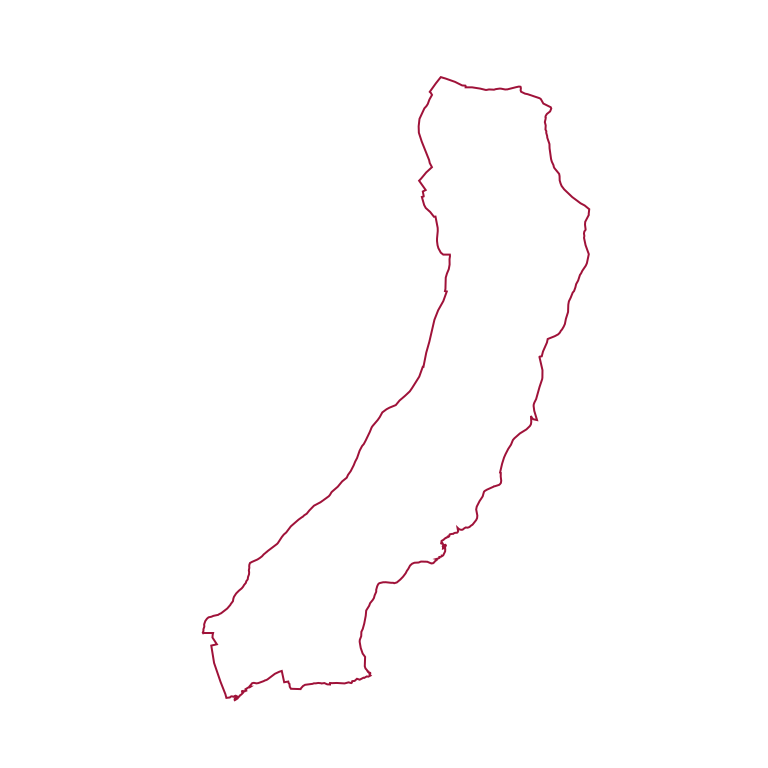 Dabaca, Cluj, Romania, rotated 252°
{"feature_id": "2599482B33158001098606", "entity_name": "Dabaca", "entity_type": "district", "adm_level": 2, "iso_a3": "ROU", "parent_name": "Romania", "parent_adm1": "Cluj", "projection": "orthographic", "projection_center": [23.677, 46.974], "detail": "fine", "context": "isolated", "style": "outline", "palette": "rose", "viewbox_px": 768, "rotation_deg": 252, "n_neighbors": 0, "source": "geoboundaries", "source_scale": "gbopen_adm2", "svg_char_len": 6166}
<svg xmlns="http://www.w3.org/2000/svg" viewBox="0 0 768 768"><g transform="rotate(252 384 384)"><path d="M658.3,532.8L653.9,526.2L647.7,517.8L646.4,518.5L644.1,519.0L640.5,515.1L636.7,512.1L635.1,510.1L633.7,507.6L625.2,499.7L618.4,496.6L612.2,494.8L603.0,494.8L583.1,496.1L580.0,495.8L575.4,496.6L572.2,489.6L567.9,482.8L566.5,480.2L555.6,483.6L555.1,480.4L550.3,479.8L550.1,479.6L550.2,477.8L541.8,477.5L538.5,478.1L533.3,481.1L527.6,483.2L527.3,484.7L515.9,483.3L512.9,482.4L506.0,479.4L503.6,478.6L499.4,477.8L496.3,477.7L491.4,478.6L488.8,480.3L486.7,486.6L485.3,486.3L482.5,484.9L477.3,483.3L473.2,481.1L469.6,478.0L466.1,475.6L455.4,471.8L453.5,470.7L452.6,472.3L444.5,466.0L437.4,458.3L429.5,451.8L410.2,440.2L400.8,433.9L388.1,426.8L388.4,426.2L380.1,419.8L371.6,409.6L369.0,406.2L366.1,400.0L363.5,393.7L360.3,388.7L359.8,381.9L359.2,378.6L357.5,373.6L353.8,369.7L351.7,366.9L347.6,360.2L346.6,358.9L342.8,355.7L336.0,349.2L333.1,346.2L331.8,344.0L328.1,340.2L321.9,335.5L319.1,332.6L316.1,330.1L311.4,325.4L308.7,321.7L306.4,319.6L304.3,314.1L300.6,308.3L297.7,301.4L297.2,300.5L295.3,298.4L294.3,296.8L291.2,287.2L289.9,279.8L286.8,273.9L284.5,270.4L283.8,267.6L282.8,265.6L282.7,264.8L281.4,260.8L277.4,251.4L273.0,245.1L271.8,242.2L270.1,239.6L265.5,233.9L264.9,232.8L261.2,222.1L259.1,216.9L257.8,214.7L256.9,212.1L256.2,209.4L255.6,203.4L255.2,201.3L253.9,200.2L252.4,199.5L250.8,199.1L248.6,197.9L246.7,197.6L244.7,196.8L242.4,195.0L240.3,194.0L238.9,192.0L237.6,191.2L236.0,188.7L234.8,187.4L233.6,185.5L232.3,182.2L230.5,178.7L228.0,175.6L226.4,174.4L224.1,173.2L222.1,170.3L221.4,169.6L218.9,165.5L216.3,158.2L216.1,156.3L215.7,155.0L216.2,150.1L216.0,148.0L216.3,145.0L215.5,143.1L213.8,140.8L211.0,138.7L208.7,138.1L206.6,136.5L204.8,135.9L203.5,134.8L202.8,135.0L202.8,135.8L202.0,138.3L200.0,144.5L198.5,143.6L195.9,142.5L188.1,144.6L188.6,138.9L171.2,136.2L151.2,136.5L138.0,137.3L134.2,137.1L133.5,140.5L134.0,141.6L134.1,142.3L133.6,143.5L133.1,144.1L133.4,145.8L133.4,146.6L132.3,147.7L131.9,146.4L131.3,145.9L131.1,145.0L129.8,144.3L129.4,144.4L130.2,147.6L131.1,148.6L131.6,150.0L132.0,150.2L132.5,151.1L132.7,152.2L133.9,154.5L134.5,154.8L134.7,154.5L134.5,154.1L135.1,153.8L135.8,154.2L135.7,154.8L135.2,154.7L135.0,155.5L134.7,155.7L134.7,156.4L135.0,156.7L134.9,158.3L135.8,158.5L135.9,158.0L136.5,157.9L137.2,160.7L137.3,161.6L137.0,162.3L137.4,163.8L137.9,162.5L140.2,166.2L140.0,167.9L138.7,170.2L138.4,172.0L138.6,177.7L138.9,179.4L138.8,180.0L139.0,181.7L142.1,190.7L142.7,195.5L142.7,198.1L131.2,196.9L130.6,201.0L128.9,200.9L128.0,201.4L125.2,200.8L122.9,201.3L119.6,210.4L120.3,211.1L121.8,213.7L122.3,216.0L120.9,223.5L121.0,224.7L120.4,226.5L120.0,229.1L118.9,231.6L118.5,232.0L118.0,234.9L115.9,237.2L114.9,239.8L116.3,240.3L115.5,242.3L114.3,246.6L111.4,254.0L111.2,258.1L109.7,260.4L109.9,261.1L111.2,262.0L110.7,264.3L112.0,267.2L110.3,269.5L111.0,273.8L110.6,274.4L111.2,277.2L110.5,278.7L110.9,280.9L111.4,280.5L112.6,280.6L112.7,281.4L113.5,281.6L113.9,281.2L113.9,280.7L115.0,279.9L115.5,280.2L116.2,279.5L117.4,279.3L119.1,278.5L121.5,278.5L130.3,281.7L134.2,280.4L140.2,280.3L146.4,281.2L148.1,281.9L151.2,284.4L155.3,285.9L157.6,288.1L162.3,291.2L169.2,295.0L174.1,297.1L177.7,301.4L179.8,303.0L182.2,306.7L183.6,308.3L185.9,309.8L188.8,312.4L190.7,313.0L193.7,315.0L195.3,316.5L195.9,317.6L196.0,318.4L195.7,322.0L194.9,324.5L192.7,329.4L192.1,331.3L191.4,332.1L191.3,334.9L193.0,339.1L194.8,342.5L197.3,346.1L199.3,348.1L200.6,349.9L203.3,352.7L204.4,355.2L204.6,357.7L203.5,361.8L203.7,363.9L203.6,364.6L201.6,370.2L199.0,373.2L198.6,373.9L198.7,374.1L198.4,375.1L198.6,376.0L199.7,377.8L200.5,380.0L201.0,380.2L201.4,379.6L201.3,381.7L201.5,382.9L202.4,383.2L202.1,384.8L202.4,385.9L202.8,386.0L202.5,386.5L202.8,387.4L205.9,390.4L208.2,391.3L208.5,391.3L208.8,390.8L211.4,393.0L212.1,392.7L212.2,391.8L210.8,390.3L209.6,389.8L209.5,389.3L210.7,389.8L211.5,389.7L212.0,390.3L213.1,390.7L214.7,390.4L214.5,389.3L214.7,389.1L217.0,390.3L217.4,392.3L218.6,395.1L218.4,396.0L219.3,397.5L219.3,397.8L218.7,398.1L218.8,398.5L219.2,399.1L220.5,399.8L220.7,400.3L220.4,402.5L220.1,403.5L220.4,404.2L220.5,405.6L220.0,407.5L220.2,408.1L221.1,409.0L224.6,409.5L223.1,410.3L222.0,411.4L221.3,412.9L221.2,413.8L222.0,415.9L222.3,417.4L221.5,419.2L221.6,421.2L222.3,422.6L222.9,424.8L224.7,427.5L226.1,429.6L227.7,431.1L230.0,432.1L236.2,432.9L238.7,434.3L243.1,438.7L246.6,443.1L250.5,445.7L251.1,446.6L251.7,449.3L252.5,456.6L252.7,456.9L252.5,458.0L252.5,462.3L252.9,463.3L253.8,464.6L255.8,465.6L259.9,466.4L263.4,467.6L263.9,467.0L271.7,471.7L276.9,475.4L279.6,477.8L283.9,482.1L287.0,486.0L290.9,489.3L292.1,491.3L295.0,498.0L296.8,505.4L298.9,509.7L300.2,511.2L302.3,512.3L308.2,513.9L306.3,514.2L304.4,515.0L302.4,518.4L312.0,518.6L316.9,519.5L318.3,520.1L319.9,521.3L322.6,524.0L333.1,531.0L339.7,535.9L341.1,536.6L348.2,539.0L361.7,540.2L361.9,540.5L361.6,542.6L365.7,545.2L373.1,551.8L376.2,553.6L376.7,561.2L377.4,565.0L378.5,567.1L380.0,568.7L380.8,570.1L383.0,572.6L385.2,574.6L389.7,577.1L395.6,581.3L402.5,583.8L405.5,585.4L408.5,588.3L412.6,591.7L413.7,593.5L416.8,595.9L419.6,597.6L422.4,600.6L427.2,604.1L428.3,605.6L430.4,607.6L434.2,612.5L436.2,614.3L444.2,618.9L453.8,618.6L461.2,619.4L462.9,620.3L465.4,620.7L467.2,621.7L468.2,623.2L468.7,623.5L473.4,624.4L476.1,625.5L481.5,631.0L482.4,631.2L486.8,633.2L491.8,630.0L495.1,626.8L503.6,620.8L513.4,615.5L517.5,614.1L520.4,613.9L523.4,614.0L527.4,615.2L529.7,615.5L536.6,612.8L538.1,612.6L539.7,612.8L543.6,612.3L546.3,612.4L557.0,614.3L561.1,615.5L567.8,615.4L569.5,615.8L572.7,615.9L574.3,616.5L576.1,616.2L580.0,617.7L583.4,617.9L586.2,619.6L587.5,620.2L588.0,620.0L589.2,620.8L590.5,622.4L591.9,626.2L594.3,628.2L595.7,628.1L601.5,622.2L606.5,621.2L607.7,620.3L615.3,610.1L616.6,607.8L619.6,604.7L621.1,604.7L623.1,605.6L624.5,605.7L624.7,605.4L625.2,604.1L625.5,601.1L626.1,592.3L626.7,590.2L628.7,586.6L629.2,585.4L629.9,581.4L629.9,579.6L631.7,574.9L632.0,572.3L632.3,571.5L635.2,566.8L639.0,559.3L640.9,553.3L641.8,553.7L642.6,553.6L643.8,550.6L649.4,544.9L655.6,536.8L658.3,532.8Z" fill="none" stroke="#9f1239" stroke-width="2"/></g></svg>